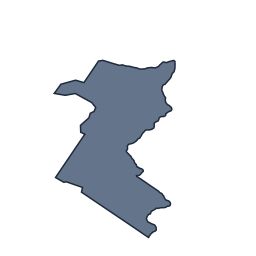 outline of Lewis, Idaho, United States of America, rotated 304°
{"feature_id": "52423323B22879230653922", "entity_name": "Lewis", "entity_type": "district", "adm_level": 2, "iso_a3": "USA", "parent_name": "United States of America", "parent_adm1": "Idaho", "projection": "albers", "projection_center": [-116.379, 46.23], "detail": "fine", "context": "isolated", "style": "filled", "palette": "slate", "viewbox_px": 256, "rotation_deg": 304, "n_neighbors": 0, "source": "geoboundaries", "source_scale": "gbopen_adm2", "svg_char_len": 2652}
<svg xmlns="http://www.w3.org/2000/svg" viewBox="0 0 256 256"><g transform="rotate(304 128 128)"><path d="M126.8,47.9L115.4,47.5L120.0,57.7L127.1,65.0L128.8,83.7L126.9,89.8L122.7,90.6L119.2,88.5L114.5,89.9L103.6,87.1L98.0,91.2L98.7,95.7L46.4,95.6L47.1,105.1L48.9,107.0L53.3,123.5L48.8,125.3L48.8,184.2L48.7,206.9L48.8,206.6L49.8,205.9L50.9,206.2L52.6,206.1L55.8,206.9L57.7,208.2L59.1,208.5L60.7,207.5L61.7,206.3L62.5,204.2L61.8,201.0L61.3,196.7L63.1,193.9L65.7,193.3L68.0,193.4L68.7,194.2L69.6,194.6L70.2,194.3L71.1,194.0L72.7,194.3L74.4,195.2L75.9,195.9L77.4,196.4L77.9,197.5L79.1,198.7L80.5,200.1L81.1,201.0L81.9,202.1L82.9,203.3L84.1,204.0L85.3,204.5L86.0,205.5L87.0,206.2L87.9,206.0L89.1,205.6L89.9,204.4L90.3,202.7L90.0,201.3L89.5,199.8L89.9,198.4L90.3,197.6L90.7,196.6L91.7,195.5L91.8,194.3L92.2,193.6L92.5,193.1L92.5,192.3L92.3,191.1L92.2,190.3L92.7,188.9L92.7,186.1L92.7,182.6L92.7,178.3L92.8,171.5L92.8,163.6L92.7,162.3L93.3,161.7L93.6,162.3L94.2,162.8L94.9,163.6L96.2,164.2L97.1,164.3L98.1,164.4L99.3,164.5L100.5,164.9L101.3,164.4L101.8,163.5L101.8,162.3L101.5,161.0L101.1,160.5L100.9,160.0L101.2,159.6L101.2,158.3L100.8,157.2L101.5,156.2L102.3,155.3L102.5,153.9L103.1,152.7L104.1,151.5L104.5,150.5L104.8,149.7L104.8,148.3L105.7,147.2L106.3,145.8L106.4,144.2L106.8,143.1L107.0,141.5L107.3,140.5L107.6,139.8L108.5,139.2L109.2,139.5L110.0,139.5L110.9,139.0L111.9,138.3L112.6,137.5L113.9,137.6L114.8,137.7L115.6,138.3L116.7,139.4L117.7,140.2L119.1,141.1L120.2,141.5L121.7,142.1L122.9,142.3L124.0,142.2L125.0,142.7L126.2,143.4L127.4,143.3L129.0,143.3L129.9,143.2L131.0,143.0L132.5,143.2L134.0,143.5L135.3,143.6L136.2,143.9L137.2,145.0L138.0,146.4L139.2,147.5L140.0,148.3L141.4,149.0L142.7,149.4L144.8,148.4L146.6,147.0L148.3,147.5L149.1,148.0L150.7,149.0L152.3,148.8L153.6,148.2L155.1,148.6L156.5,149.5L157.2,151.0L158.4,151.8L159.6,152.1L161.2,151.4L162.7,152.0L164.1,152.5L166.4,154.1L167.8,154.0L168.4,153.6L169.3,152.4L169.7,149.5L169.5,147.7L170.1,145.4L171.2,144.0L172.1,143.2L173.3,142.7L174.3,141.9L174.6,140.7L175.4,139.1L176.9,137.1L177.5,135.9L178.5,134.6L180.3,133.9L181.3,133.3L183.5,133.1L184.8,134.2L187.0,134.5L190.1,134.9L192.9,135.3L194.7,135.1L196.1,134.7L197.1,134.3L198.6,134.4L200.1,134.7L202.1,134.2L204.3,133.2L205.8,132.2L207.4,131.2L208.6,130.2L209.5,129.7L209.6,128.1L208.2,126.9L205.9,124.8L203.8,123.4L202.4,120.2L198.5,119.2L195.9,118.8L193.0,116.9L191.2,113.4L188.5,110.3L186.4,108.9L183.4,104.8L182.9,102.2L181.4,98.7L180.0,94.7L178.6,92.3L178.0,90.9L177.2,88.0L175.2,85.9L174.2,82.9L173.3,80.1L170.0,69.3L167.0,66.1L141.0,66.1L138.3,57.8L126.8,47.9Z" fill="#64748b" stroke="#1e293b" stroke-width="1.5"/></g></svg>